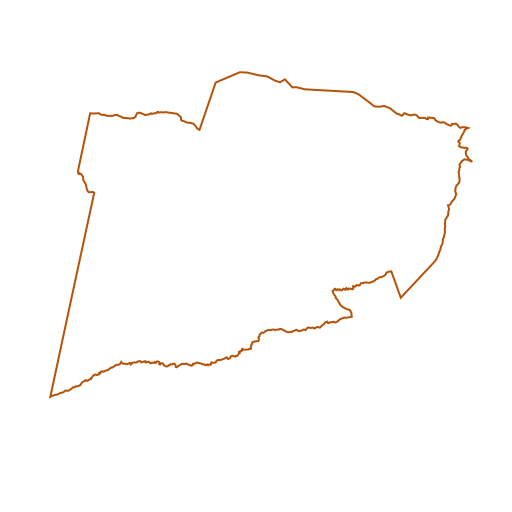 Jáchal, San Juan, Argentina, rotated 102°
{"feature_id": "61730980B94061248290097", "entity_name": "Jáchal", "entity_type": "district", "adm_level": 2, "iso_a3": "ARG", "parent_name": "Argentina", "parent_adm1": "San Juan", "projection": "orthographic", "projection_center": [-68.237, -30.298], "detail": "fine", "context": "isolated", "style": "outline", "palette": "amber", "viewbox_px": 512, "rotation_deg": 102, "n_neighbors": 0, "source": "geoboundaries", "source_scale": "gbopen_adm2", "svg_char_len": 6015}
<svg xmlns="http://www.w3.org/2000/svg" viewBox="0 0 512 512"><g transform="rotate(102 256 256)"><path d="M94.7,331.5L144.4,337.5L143.6,339.8L140.5,343.3L139.7,344.6L139.4,347.4L139.7,349.6L139.7,352.1L139.0,355.1L139.1,356.2L138.7,357.2L138.4,357.7L136.5,358.0L135.7,358.5L133.3,362.9L134.1,374.4L134.8,376.3L135.1,378.8L136.0,380.9L135.5,381.5L135.5,382.0L136.0,382.8L136.7,383.0L137.4,384.1L137.3,384.7L138.6,387.2L138.7,387.8L138.3,388.2L140.0,390.5L140.3,391.9L141.1,393.3L140.9,395.0L140.0,398.6L140.2,400.4L141.2,402.1L145.1,402.9L146.5,404.4L147.8,407.9L147.8,410.3L148.6,414.6L147.8,416.6L147.6,419.1L146.8,421.0L147.6,423.6L148.8,425.7L149.9,431.2L149.4,434.1L149.8,434.9L150.0,437.2L149.0,439.2L150.4,444.5L150.9,447.9L210.5,447.8L211.3,446.7L212.2,447.0L212.4,446.7L212.6,446.1L211.9,444.9L212.0,444.5L214.4,441.6L217.6,440.7L221.2,437.4L225.5,435.5L227.8,433.9L228.3,432.6L227.3,428.6L227.8,427.4L356.2,427.8L436.6,427.9L433.9,424.4L433.3,422.5L432.1,420.6L431.2,419.7L429.4,416.2L427.1,414.2L427.1,412.4L426.3,410.8L423.2,408.1L422.5,407.8L422.3,406.5L420.9,405.3L421.0,404.3L419.1,401.2L415.9,399.9L414.6,398.7L414.1,397.8L412.9,397.0L412.8,396.4L413.4,395.6L412.0,393.5L411.1,393.1L410.8,392.0L409.8,392.0L409.0,391.1L407.1,390.6L405.6,389.0L405.3,388.3L405.6,387.1L404.8,386.0L404.7,385.3L404.0,384.6L403.0,385.1L402.6,383.8L401.5,383.9L401.1,383.5L401.1,382.4L400.7,381.7L400.9,380.9L399.6,379.5L398.2,377.1L395.3,374.5L394.9,373.2L393.1,371.5L393.1,371.3L391.9,370.6L391.4,369.6L391.1,368.1L390.2,366.9L388.9,366.0L387.7,365.8L388.8,364.5L388.9,363.6L388.6,361.8L388.8,360.5L387.9,358.3L386.8,357.3L386.7,356.1L387.9,355.9L386.0,354.3L385.5,353.4L385.2,351.1L383.6,349.6L383.5,348.7L382.9,347.9L383.2,346.8L383.9,346.1L381.9,342.5L382.0,342.1L382.9,342.0L383.0,341.7L382.8,340.9L381.7,339.0L381.9,338.4L382.8,337.3L382.9,336.8L381.8,335.1L381.9,333.6L381.5,333.1L380.8,332.9L380.7,332.3L381.2,331.7L380.0,331.2L379.6,330.4L379.8,329.0L380.4,328.1L381.9,328.2L382.1,327.9L382.1,327.3L380.7,326.3L380.4,325.1L380.7,324.3L381.5,324.0L381.9,323.5L382.5,322.2L382.6,320.9L382.5,319.8L382.1,319.2L381.1,318.8L380.6,317.7L379.6,317.2L379.5,315.4L378.9,315.0L378.3,313.6L378.9,312.4L381.2,311.4L381.4,310.8L380.0,309.1L378.7,308.2L377.6,306.6L376.8,305.9L376.5,304.7L376.7,303.7L375.7,302.0L376.4,299.6L376.4,298.0L376.8,296.4L376.1,295.3L374.6,295.3L374.4,294.1L373.7,293.6L373.5,292.6L372.4,291.5L372.7,288.1L372.5,287.0L373.1,285.9L372.8,284.1L373.4,282.8L372.8,281.6L372.1,281.0L372.3,280.3L372.7,280.0L371.9,279.3L371.8,277.7L371.4,277.5L370.1,277.7L369.2,277.2L369.4,275.6L368.7,273.6L367.7,272.9L366.7,272.9L366.2,272.3L365.3,270.8L365.2,269.1L362.6,265.1L361.4,264.2L361.3,263.1L362.5,262.4L362.6,261.8L361.1,260.0L359.9,260.0L358.5,258.8L358.4,258.1L358.8,255.6L358.6,254.9L357.9,254.7L357.6,253.7L357.1,253.3L354.7,252.4L354.3,251.9L354.1,252.5L353.3,252.7L352.7,251.7L352.1,251.3L351.7,250.1L351.2,250.0L350.1,250.4L349.7,250.2L350.1,249.1L350.0,247.7L349.1,244.2L348.2,243.3L348.3,242.6L347.7,241.7L346.3,241.8L345.8,242.2L343.2,241.9L342.4,241.4L341.0,241.6L339.5,238.7L338.8,236.2L336.8,235.7L335.2,236.7L334.6,236.6L333.9,236.0L331.9,236.0L329.8,234.5L329.6,232.9L328.7,231.9L327.4,231.3L326.8,229.8L325.8,228.9L325.7,227.3L325.3,225.8L324.7,225.0L324.2,223.0L324.5,221.6L323.5,220.0L323.1,218.2L322.4,217.5L322.3,216.7L322.3,215.6L324.1,208.8L323.3,207.0L322.8,205.2L321.7,204.2L320.7,202.3L319.8,201.3L320.6,198.9L320.6,198.3L319.3,195.6L318.1,194.3L317.9,193.5L318.2,192.2L315.2,190.5L314.9,187.1L314.4,186.0L314.2,184.8L314.8,183.9L312.8,181.4L312.6,180.3L312.8,178.6L310.2,177.0L308.4,175.2L306.8,174.7L305.8,173.3L305.4,172.7L306.7,171.6L306.7,171.3L305.4,169.7L304.9,167.6L304.1,166.3L304.6,165.2L304.5,164.6L303.4,162.9L300.6,160.9L297.9,156.9L297.7,155.1L295.6,149.7L291.8,150.9L289.4,152.9L289.2,153.7L289.1,156.1L287.9,160.5L286.5,163.2L281.8,167.3L280.8,168.9L279.0,169.9L276.2,172.8L274.2,173.8L273.7,173.1L271.7,172.2L271.6,171.5L272.6,170.8L272.7,170.2L271.5,169.0L272.1,167.8L271.4,167.4L271.2,166.9L271.8,165.7L271.8,165.0L269.8,163.6L270.5,161.6L270.0,161.1L269.1,161.3L268.6,161.0L269.6,159.8L269.7,159.2L269.5,158.7L268.5,158.5L268.4,158.2L268.6,154.9L268.0,154.2L267.2,154.1L265.5,154.8L265.1,154.6L265.4,152.8L264.6,152.0L263.5,151.5L263.3,150.5L263.5,149.0L262.9,148.4L260.8,147.7L260.2,145.5L259.5,144.8L259.1,143.4L258.6,139.3L257.4,137.4L255.2,134.6L253.7,133.8L253.1,132.5L251.2,131.0L250.5,128.7L248.8,126.7L247.5,125.5L245.1,125.0L243.2,121.8L243.0,120.4L266.7,105.7L223.5,79.6L221.4,78.9L217.3,77.9L213.4,77.5L211.8,77.0L208.4,77.0L204.9,76.1L200.5,76.7L198.6,76.1L194.4,76.2L193.9,76.0L189.8,77.1L187.5,77.0L185.4,78.0L183.7,78.0L181.1,78.4L179.3,77.6L178.1,77.5L176.6,76.6L175.1,76.8L174.5,76.6L173.3,77.1L169.8,76.9L166.5,78.7L166.2,77.8L165.2,76.8L161.6,75.5L159.3,74.0L158.1,73.7L154.0,73.0L151.1,74.7L149.5,74.7L148.5,75.0L145.5,74.6L142.7,72.8L140.3,72.5L137.6,73.1L136.5,73.7L133.8,74.4L131.6,75.4L130.5,75.0L127.6,75.3L126.3,74.9L124.8,75.9L123.8,75.8L120.4,74.3L118.1,72.2L117.9,68.7L118.9,64.1L117.8,65.7L117.5,67.6L115.8,68.9L115.1,69.9L113.2,71.7L110.8,72.4L109.2,72.2L107.2,71.2L106.7,71.7L106.5,72.9L106.8,74.0L106.8,75.8L107.1,76.4L107.0,78.4L106.3,80.2L103.2,80.2L102.7,80.7L102.4,81.6L101.5,82.0L100.1,80.8L98.4,80.2L96.2,79.9L90.5,78.1L89.4,78.1L88.1,77.1L86.7,75.1L86.5,77.0L87.0,80.8L88.2,82.8L87.3,84.5L85.3,87.0L85.1,88.3L86.2,91.9L87.7,91.9L88.0,92.5L88.1,93.4L87.3,96.9L86.2,99.5L86.4,101.4L87.1,102.5L87.2,104.6L86.0,108.6L84.1,110.5L84.7,116.4L86.4,116.3L86.6,117.5L85.8,119.2L85.9,120.2L87.0,124.9L87.0,125.4L85.2,127.7L84.7,129.5L84.8,130.7L86.3,133.8L86.1,137.7L85.4,140.2L86.2,141.3L86.9,141.3L87.7,141.8L88.4,142.4L88.5,143.0L87.7,145.3L87.4,148.1L83.7,155.5L82.6,161.6L82.9,162.8L84.3,166.0L85.0,171.0L84.4,172.9L83.0,175.3L76.5,189.4L75.4,195.0L82.8,243.0L82.5,251.7L83.5,255.5L77.2,264.4L81.1,268.7L80.5,274.0L78.0,282.4L78.7,291.2L78.4,302.7L79.6,310.0L94.7,331.5Z" fill="none" stroke="#b45309" stroke-width="2"/></g></svg>